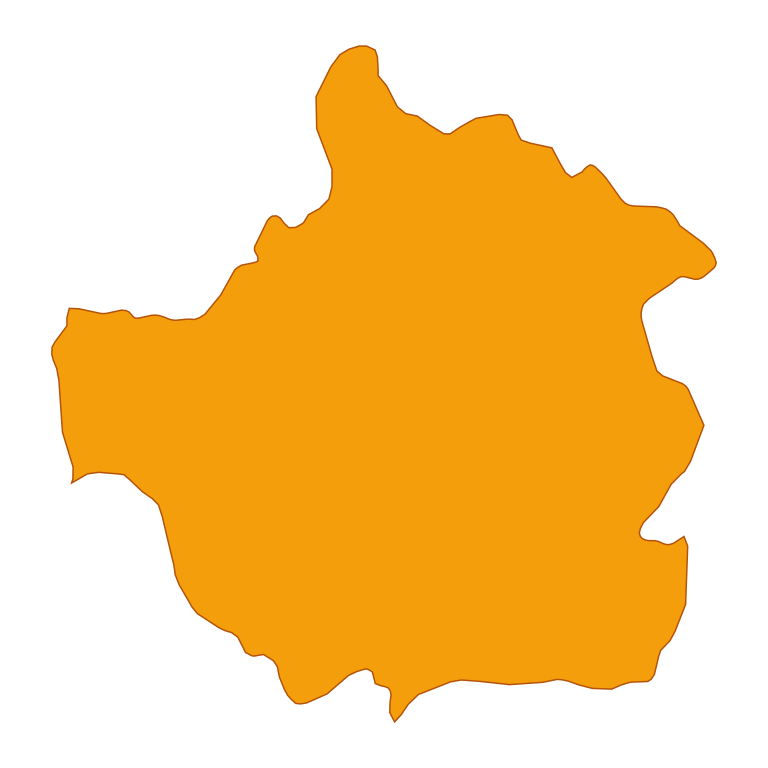 the State of Trujillo
{"feature_id": "VEN-29", "entity_name": "Trujillo", "entity_type": "State", "adm_level": 1, "iso_a3": "VEN", "parent_name": "Venezuela", "parent_adm1": "", "projection": "mercator", "projection_center": [-70.512, 9.496], "detail": "fine", "context": "isolated", "style": "filled", "palette": "amber", "viewbox_px": 768, "rotation_deg": 0, "n_neighbors": 0, "source": "natural_earth", "source_scale": "10m", "svg_char_len": 3029}
<svg xmlns="http://www.w3.org/2000/svg" viewBox="0 0 768 768"><path d="M71.6,483.0L72.9,478.9L73.1,467.0L62.5,432.3L58.9,380.2L56.7,368.4L53.4,360.4L51.8,354.2L52.1,347.1L54.9,342.1L67.0,325.7L66.9,318.0L69.3,308.3L70.1,308.4L79.1,308.8L100.4,313.4L103.9,313.6L106.9,313.3L121.6,310.1L126.0,310.6L129.2,312.1L133.1,316.7L135.4,318.2L138.7,318.1L151.6,315.3L155.5,315.1L159.1,315.5L165.6,317.6L168.6,319.0L172.0,319.9L175.6,320.3L186.6,319.2L190.5,319.2L194.3,319.5L199.4,317.8L205.0,314.2L220.8,294.9L234.7,270.0L237.5,267.5L241.5,265.2L253.9,262.7L257.6,261.4L258.1,258.2L257.2,255.4L255.7,253.0L254.7,250.8L254.4,249.1L254.8,246.4L267.4,220.6L269.5,218.1L272.2,216.1L276.6,215.9L280.1,217.9L283.7,222.7L286.6,225.7L288.9,227.7L295.8,227.4L303.4,223.0L308.5,214.7L319.7,208.5L328.9,199.1L332.0,186.7L332.0,169.1L316.7,128.7L316.1,96.6L330.7,67.1L339.9,54.6L349.0,49.2L359.0,46.1L366.6,46.1L375.1,50.0L377.4,57.0L378.1,69.4L378.1,75.6L386.5,85.7L397.3,106.7L405.7,113.7L417.2,116.0L430.2,125.4L444.0,133.9L450.1,133.9L459.2,127.7L470.0,121.5L476.1,118.3L499.1,114.5L507.5,115.2L512.1,119.9L518.2,134.7L521.2,140.1L530.4,143.2L551.9,147.9L561.0,165.0L565.6,172.7L571.8,177.4L582.2,171.9L584.3,169.2L586.8,167.0L590.1,164.9L592.8,165.5L595.2,167.0L602.5,174.0L604.0,175.9L605.8,177.8L621.0,199.1L625.2,203.3L629.1,205.2L633.4,206.0L656.1,206.8L661.8,207.9L666.2,209.2L668.9,211.0L671.3,212.9L673.4,215.1L676.7,220.1L679.8,225.7L703.3,243.2L710.9,250.6L712.8,253.7L714.5,257.3L716.2,262.6L715.4,265.8L713.6,268.3L704.0,276.4L701.3,278.0L698.3,279.1L694.9,279.3L684.9,276.8L681.5,276.6L678.2,277.9L674.7,280.6L672.1,283.0L650.9,297.2L647.8,299.8L643.6,304.1L642.0,308.2L641.2,312.5L641.2,316.6L641.7,320.4L652.0,356.5L656.9,371.0L662.7,375.9L682.7,383.8L686.0,386.3L688.1,389.2L703.9,425.3L690.6,461.1L684.5,471.5L681.5,473.7L671.2,484.2L658.9,506.4L643.4,522.6L640.5,528.2L639.3,532.9L640.2,536.1L642.1,538.4L644.9,539.8L648.1,540.6L655.2,540.7L658.5,541.5L664.2,544.0L667.4,544.7L670.5,544.3L673.6,543.2L684.0,536.5L687.7,546.2L685.6,604.4L675.0,631.4L670.0,640.6L660.6,650.5L658.7,656.2L654.4,674.4L651.4,679.0L647.8,681.5L631.6,682.1L628.0,682.8L621.1,685.0L611.8,689.1L592.4,688.4L579.2,685.0L568.6,681.2L562.2,679.8L557.0,679.4L542.9,682.3L509.5,684.6L479.1,681.3L461.2,680.0L450.7,681.8L418.4,694.5L408.3,704.2L401.1,714.8L394.6,721.9L389.8,712.7L390.0,702.6L391.1,694.9L390.2,690.7L388.2,687.9L384.9,686.6L381.7,686.0L375.3,683.6L372.4,672.1L370.0,670.4L366.7,668.9L363.3,669.5L356.7,671.6L350.8,674.3L348.1,675.8L327.2,693.8L306.7,702.9L300.4,703.9L295.7,703.4L291.2,699.3L287.7,695.4L284.3,689.2L279.4,677.0L277.3,666.4L273.3,660.6L263.5,654.5L253.8,656.1L251.4,655.6L245.5,652.4L237.8,637.1L231.3,632.4L227.8,631.5L224.6,630.4L218.9,627.7L197.5,613.7L192.2,607.3L179.2,584.8L175.3,575.0L173.8,564.6L170.7,552.2L162.3,516.6L158.5,504.9L152.4,498.7L142.4,491.7L130.2,480.1L124.0,474.7L117.9,473.9L108.0,473.1L98.8,472.3L87.3,473.9L78.1,479.3L71.6,483.0L71.6,483.0Z" fill="#f59e0b" stroke="#b45309" stroke-width="1.5"/></svg>